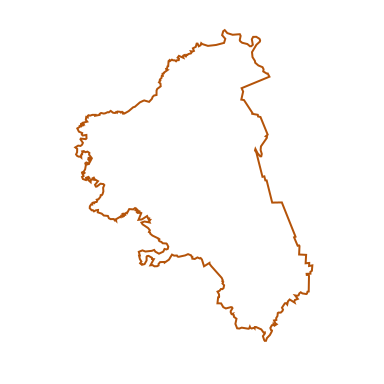 the district of Tempoal, Veracruz, Mexico, rotated 83°
{"feature_id": "50627088B37050079543362", "entity_name": "Tempoal", "entity_type": "district", "adm_level": 2, "iso_a3": "MEX", "parent_name": "Mexico", "parent_adm1": "Veracruz", "projection": "robinson", "projection_center": [-98.337, 21.55], "detail": "fine", "context": "isolated", "style": "outline", "palette": "amber", "viewbox_px": 384, "rotation_deg": 83, "n_neighbors": 0, "source": "geoboundaries", "source_scale": "gbopen_adm2", "svg_char_len": 6039}
<svg xmlns="http://www.w3.org/2000/svg" viewBox="0 0 384 384"><g transform="rotate(83 192 192)"><path d="M133.5,302.4L135.2,300.7L138.5,301.2L140.6,302.5L142.3,301.5L143.2,299.9L143.1,298.8L144.3,297.7L141.9,297.6L141.3,296.5L140.4,296.6L139.4,295.6L138.3,296.0L138.2,294.4L139.5,293.1L139.2,290.8L140.7,289.1L142.4,289.6L146.3,287.3L148.2,288.6L145.7,289.0L145.5,290.5L147.1,291.0L148.1,290.2L150.1,290.1L151.6,290.8L151.8,292.2L150.5,292.1L149.8,293.3L150.5,294.4L152.5,294.1L156.4,295.3L158.5,296.9L159.2,298.8L159.9,298.7L159.4,297.1L160.0,296.4L161.2,298.2L162.9,297.7L163.6,299.3L165.8,298.7L167.3,295.7L166.8,295.2L165.0,295.4L164.4,292.9L165.8,292.1L166.8,294.1L169.9,291.4L167.7,291.0L167.3,289.9L167.8,288.2L166.2,288.8L165.8,287.7L167.5,287.1L169.8,284.0L173.0,287.4L174.9,286.8L175.0,285.9L172.6,281.8L173.4,278.9L174.4,278.2L177.0,279.7L180.6,279.9L183.3,281.1L184.1,281.9L184.0,283.0L185.6,283.5L187.7,285.6L188.0,287.3L188.7,286.9L190.3,287.9L190.2,289.5L191.1,290.3L190.4,291.1L190.7,292.2L192.3,292.5L192.0,293.6L193.7,295.1L195.6,295.5L197.9,293.8L197.9,292.7L199.3,291.7L198.5,289.8L198.4,287.5L200.7,288.0L202.5,284.2L204.6,282.4L205.5,278.4L207.9,277.7L209.0,276.1L209.3,273.0L210.7,272.1L210.2,271.6L211.3,270.8L209.8,270.8L207.9,266.4L208.3,265.8L207.2,265.3L208.1,264.0L207.7,262.8L205.5,263.9L205.1,263.1L205.3,262.2L206.5,262.9L206.6,261.0L205.2,260.9L204.5,259.4L205.0,259.0L201.3,256.4L202.1,252.5L201.1,250.7L202.1,250.1L202.4,249.5L201.9,249.3L202.9,248.5L203.5,249.7L204.4,247.4L205.4,249.1L206.1,248.6L206.3,246.5L205.8,246.1L206.7,244.9L213.1,248.5L213.1,245.1L210.4,239.5L212.9,238.8L213.0,237.8L214.2,238.2L214.5,236.9L215.8,238.1L217.1,237.7L215.5,242.8L216.2,245.9L218.1,245.0L222.5,239.9L224.8,238.5L226.5,239.6L227.2,238.6L228.3,238.5L230.4,236.6L234.1,230.9L234.8,230.2L235.3,230.9L236.8,230.4L237.9,228.4L239.3,227.3L240.0,223.7L240.6,223.2L243.4,222.2L245.5,223.0L245.9,224.4L245.2,226.2L247.7,227.8L249.2,232.3L246.8,235.6L244.9,236.6L245.5,239.0L245.4,245.5L243.9,248.3L244.9,252.1L248.7,251.5L248.7,252.3L252.2,251.9L254.9,250.7L256.4,252.2L257.5,251.2L257.5,250.3L258.1,250.3L257.8,247.9L254.4,245.4L250.8,245.0L250.1,244.3L250.1,242.9L252.4,239.8L253.6,239.9L254.0,238.1L259.7,242.2L259.7,240.2L261.2,238.3L261.4,235.6L260.8,234.1L259.4,234.0L257.7,232.2L258.1,227.7L258.7,227.7L256.3,223.1L251.7,219.5L253.0,217.5L253.2,214.7L254.3,214.2L254.7,213.1L254.1,206.5L253.2,203.5L254.8,200.6L256.3,200.2L256.4,199.6L258.2,199.8L258.8,197.4L257.6,194.6L258.9,192.4L258.6,191.5L260.2,190.4L267.2,189.1L264.5,183.3L265.6,183.3L268.1,181.8L280.8,173.0L283.4,172.2L284.1,172.8L285.1,172.0L286.5,172.9L288.5,171.5L291.2,172.4L292.1,173.7L291.8,175.1L293.4,176.7L294.0,178.8L296.7,177.7L299.0,177.8L299.7,178.0L299.7,178.9L305.6,180.3L306.1,176.7L310.1,175.0L311.7,172.6L311.0,167.3L311.5,166.2L312.3,166.0L315.0,168.1L316.3,168.2L318.0,167.6L317.8,166.4L318.3,166.8L319.3,165.5L321.0,165.6L323.2,163.3L328.2,165.0L332.8,163.8L333.3,161.7L332.7,159.2L334.6,152.7L334.4,151.9L332.8,151.0L333.9,150.7L334.7,149.5L334.4,146.7L334.9,146.4L333.7,146.1L333.8,145.0L336.8,140.0L340.2,138.1L340.2,136.8L341.3,136.9L343.7,139.2L347.7,138.4L348.6,137.9L348.7,136.7L346.2,135.5L343.4,132.1L340.1,129.8L339.2,129.5L338.6,130.4L336.5,130.8L334.0,129.0L334.0,127.6L333.0,127.3L334.7,126.4L333.6,124.1L332.5,125.3L329.5,126.2L329.3,123.9L327.4,123.8L325.5,122.3L322.6,121.6L322.2,120.9L322.5,118.6L321.2,116.8L319.9,116.0L317.8,116.8L313.8,113.4L313.8,112.1L315.3,111.2L312.3,110.1L310.6,108.2L314.2,103.7L313.3,103.9L311.7,103.0L311.0,100.0L307.2,102.3L307.8,100.4L307.5,98.8L305.7,97.8L304.8,96.3L306.1,94.8L307.2,91.0L306.9,90.3L305.0,89.5L305.0,88.3L289.5,86.1L288.5,86.6L288.3,88.2L287.2,88.2L287.5,84.4L285.7,84.2L284.8,82.6L279.5,81.5L279.7,84.8L276.7,84.3L276.6,87.9L268.3,86.4L267.1,93.3L258.7,91.9L258.0,92.3L258.2,93.7L249.4,96.2L249.0,94.7L213.3,104.1L212.3,113.7L189.6,116.5L189.4,117.8L185.3,118.3L185.5,120.2L160.7,123.3L158.4,124.4L157.0,123.8L161.5,122.2L164.9,119.9L165.0,118.9L162.7,118.1L158.7,118.8L155.1,118.0L147.5,111.2L146.4,110.9L145.7,112.0L144.3,109.9L125.9,114.9L125.1,117.2L123.4,117.3L121.5,123.5L121.3,122.2L107.1,129.2L106.3,131.8L98.5,129.0L95.0,130.1L87.0,101.1L83.6,102.4L83.6,103.3L81.0,106.6L78.9,106.0L76.7,106.8L74.5,110.7L71.4,113.5L69.5,113.6L65.5,115.5L60.5,115.4L53.7,110.1L51.0,106.3L49.7,105.9L48.1,106.4L45.8,109.3L45.5,112.4L47.7,114.0L53.3,113.7L54.5,115.4L54.4,116.7L51.9,119.0L50.0,124.0L48.2,125.8L47.0,126.1L43.0,124.7L41.2,125.3L40.9,132.5L38.6,137.6L35.3,139.8L36.2,141.4L40.0,143.0L44.0,140.3L47.9,142.0L49.0,150.2L48.9,158.4L46.4,163.8L45.4,164.7L47.4,165.6L48.2,167.5L45.4,168.4L45.3,169.3L48.4,170.6L49.5,173.6L52.2,172.9L52.6,174.4L52.2,175.9L53.4,175.4L54.3,176.2L54.6,178.8L55.5,179.9L55.2,180.8L56.7,181.5L56.4,182.2L55.1,182.6L55.4,183.8L56.3,184.7L57.7,184.3L55.3,188.4L56.9,189.9L58.1,188.7L59.5,189.1L59.4,190.9L60.3,191.9L59.2,193.0L59.0,194.7L58.2,195.8L59.3,197.8L58.4,198.2L59.2,199.3L64.2,200.3L64.3,201.0L66.1,201.6L66.6,202.7L67.3,202.5L67.9,201.3L70.1,205.3L70.8,205.5L71.0,206.8L73.1,206.8L73.0,207.8L75.3,208.5L76.2,209.9L77.0,210.4L77.6,209.9L79.1,211.4L80.5,210.1L83.3,210.2L85.4,213.9L86.9,214.8L91.4,215.4L91.6,217.9L92.7,219.4L94.7,220.5L97.3,223.6L95.3,228.3L95.5,229.2L96.7,232.8L100.5,238.4L100.7,240.0L104.0,245.0L105.9,249.6L105.8,251.7L105.2,250.2L103.9,251.7L104.5,252.9L103.6,253.7L103.1,256.1L104.2,256.8L103.4,257.6L104.2,258.7L103.7,260.7L101.6,262.8L102.8,264.9L102.5,266.1L103.3,268.5L103.4,270.0L102.5,272.6L103.2,274.1L104.2,274.3L104.5,278.7L103.7,278.4L103.3,281.5L103.8,283.9L103.2,285.2L103.6,286.1L105.3,286.4L104.6,287.8L107.4,288.6L109.4,287.4L109.9,291.5L111.0,291.3L110.2,292.2L110.9,293.9L111.6,294.0L111.8,292.0L112.4,292.0L112.2,292.6L113.4,293.9L112.9,295.5L113.8,295.7L114.9,298.1L118.3,296.9L120.1,293.8L121.5,294.4L122.6,293.6L122.5,289.9L126.0,290.2L126.6,291.1L125.4,295.8L126.1,296.3L129.9,294.3L131.6,295.3L132.7,297.0L132.1,299.3L133.5,302.4Z" fill="none" stroke="#b45309" stroke-width="2"/></g></svg>